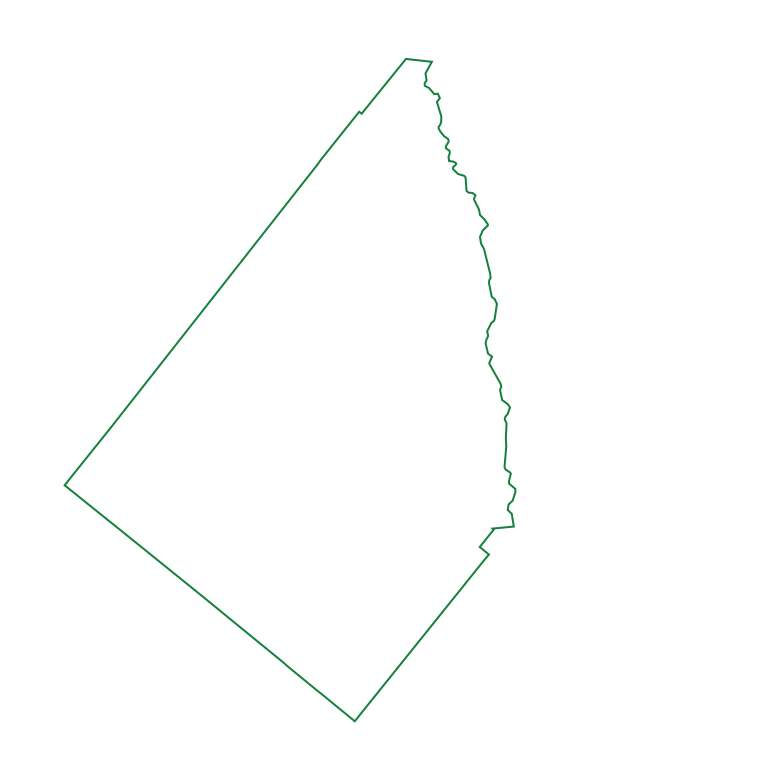 Hudspeth, Texas, United States of America (Albers equal-area conic projection), rotated 219°
{"feature_id": "52423323B39607492205238", "entity_name": "Hudspeth", "entity_type": "district", "adm_level": 2, "iso_a3": "USA", "parent_name": "United States of America", "parent_adm1": "Texas", "projection": "albers", "projection_center": [-105.436, 31.316], "detail": "fine", "context": "isolated", "style": "outline", "palette": "green", "viewbox_px": 768, "rotation_deg": 219, "n_neighbors": 0, "source": "geoboundaries", "source_scale": "gbopen_adm2", "svg_char_len": 1666}
<svg xmlns="http://www.w3.org/2000/svg" viewBox="0 0 768 768"><g transform="rotate(219 384 384)"><path d="M571.5,650.4L571.5,580.0L574.6,580.0L574.2,519.1L573.8,512.9L568.9,180.8L568.5,104.3L513.6,104.5L513.0,104.5L499.4,104.6L494.8,104.6L494.2,104.6L488.9,104.6L488.2,104.6L486.9,104.6L405.0,104.7L392.3,104.7L391.8,104.7L391.6,104.7L286.9,104.2L280.3,103.9L244.4,103.7L233.3,103.8L228.3,103.7L194.5,103.5L195.0,235.3L195.3,308.6L195.1,317.5L207.0,317.6L207.1,340.0L208.6,340.0L193.4,354.9L203.0,363.5L208.6,364.0L211.4,368.9L210.6,374.1L213.9,382.8L216.0,385.1L224.2,385.3L226.1,387.8L229.0,394.2L230.5,394.6L235.6,394.0L238.0,395.2L249.6,412.3L255.5,418.9L264.0,430.6L268.0,432.5L269.1,435.1L269.0,438.6L271.4,445.1L274.8,446.2L282.0,445.9L290.1,452.4L291.0,455.5L293.6,457.6L314.8,466.0L315.5,466.8L317.2,473.2L322.3,473.1L330.7,479.6L332.3,482.8L333.3,486.9L337.0,489.9L339.0,498.9L338.3,502.4L339.1,504.5L346.7,517.4L351.5,519.6L355.2,519.6L366.0,528.6L367.5,530.9L367.9,533.6L371.0,536.6L391.3,551.9L397.1,554.3L402.0,558.8L403.9,565.7L403.0,572.5L403.9,573.5L409.8,575.2L415.6,575.7L420.2,579.5L429.9,583.9L430.7,584.9L431.7,588.2L435.6,588.1L438.5,586.0L441.4,586.0L450.5,595.8L452.6,596.3L458.6,593.8L465.5,594.4L466.8,596.1L466.2,599.3L466.4,600.5L467.5,601.0L469.9,600.6L473.7,598.2L477.0,601.4L477.9,604.5L479.7,606.4L484.4,606.2L485.7,608.3L486.1,612.5L486.9,613.8L488.8,614.8L493.1,614.4L499.0,615.6L502.3,617.0L503.4,618.1L503.4,620.4L504.4,623.5L507.8,628.0L520.4,636.5L520.5,641.3L524.9,643.5L527.3,640.9L535.3,642.4L540.0,641.4L541.7,643.4L542.0,646.8L547.2,651.5L549.6,664.5L571.5,650.4Z" fill="none" stroke="#15803d" stroke-width="2"/></g></svg>